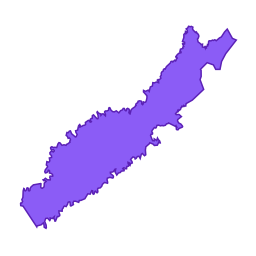 the district of Santiago Yaveo, Oaxaca, Mexico, rotated 184°
{"feature_id": "50627088B23912384176542", "entity_name": "Santiago Yaveo", "entity_type": "district", "adm_level": 2, "iso_a3": "MEX", "parent_name": "Mexico", "parent_adm1": "Oaxaca", "projection": "equal_earth", "projection_center": [-95.477, 17.488], "detail": "fine", "context": "isolated", "style": "filled", "palette": "violet", "viewbox_px": 256, "rotation_deg": 184, "n_neighbors": 0, "source": "geoboundaries", "source_scale": "gbopen_adm2", "svg_char_len": 5830}
<svg xmlns="http://www.w3.org/2000/svg" viewBox="0 0 256 256"><g transform="rotate(184 128 128)"><path d="M35.9,233.6L38.4,230.5L41.2,225.4L43.1,224.2L46.1,221.2L47.5,222.1L48.9,221.3L49.7,221.6L51.4,220.7L53.1,220.7L53.6,220.0L53.7,216.8L54.5,216.8L54.3,215.3L55.6,214.9L55.4,213.3L56.3,213.4L56.4,213.0L56.8,214.0L56.5,215.2L57.6,213.8L59.4,214.0L59.5,216.8L60.8,216.2L61.2,216.9L64.1,218.8L64.9,221.6L64.2,222.5L63.7,224.5L64.0,225.6L65.1,227.1L65.8,227.3L66.2,228.3L66.7,228.7L67.2,228.0L67.7,228.3L70.1,230.6L70.5,231.4L70.3,233.1L71.9,233.8L72.8,233.4L74.7,233.7L75.5,231.9L76.9,230.9L75.7,229.7L75.4,227.6L76.4,226.5L76.3,227.8L77.4,228.4L77.5,226.7L78.8,225.3L78.6,222.1L79.7,218.2L77.5,217.5L77.4,215.8L78.1,215.4L79.1,216.2L79.5,215.8L78.0,213.1L79.0,212.5L78.8,211.2L81.2,210.3L81.6,207.6L81.2,207.3L80.7,207.9L80.3,207.4L80.4,206.8L82.8,205.9L84.5,203.9L84.7,202.9L85.3,202.7L85.0,201.7L84.1,201.7L83.7,201.2L84.7,199.8L84.9,198.5L85.2,198.2L86.2,198.9L87.9,197.0L88.7,197.7L89.8,197.3L90.4,195.7L93.9,192.0L95.0,189.4L95.9,189.6L96.7,188.9L96.9,187.3L98.1,186.4L98.7,185.1L98.5,183.0L99.4,181.6L98.7,179.9L100.3,178.2L101.3,178.5L102.1,177.8L100.7,176.3L100.6,175.3L102.9,175.9L104.7,174.9L106.4,175.0L106.6,171.6L108.6,170.5L109.4,166.0L110.5,167.2L113.1,165.8L115.1,166.6L115.1,165.1L111.4,161.5L111.2,159.4L111.7,156.3L112.2,155.1L113.2,154.7L114.4,155.1L114.6,152.9L115.0,152.3L116.0,153.0L116.1,155.1L116.8,155.8L118.7,155.9L119.9,155.3L120.0,154.1L121.6,152.8L122.1,150.8L121.8,150.8L122.4,149.8L125.1,147.6L126.2,146.2L126.9,142.2L127.5,142.4L128.2,143.5L127.8,145.3L128.2,146.8L129.7,147.6L130.6,147.0L131.0,145.1L131.4,145.0L132.2,145.5L133.0,147.2L134.1,147.2L135.0,145.6L136.6,144.8L138.2,142.5L140.9,144.3L142.9,143.1L144.5,143.3L146.2,144.6L147.5,146.9L148.1,146.9L147.8,147.3L148.3,147.0L148.7,144.4L150.0,143.6L151.8,143.4L152.4,142.7L152.5,142.3L151.4,139.9L151.4,138.6L153.7,140.4L155.0,140.2L155.9,138.7L156.4,140.2L158.4,140.8L159.7,142.2L160.1,141.6L158.8,138.6L158.4,135.9L158.8,135.1L159.7,135.2L163.3,138.7L164.4,137.9L164.4,135.1L165.4,134.9L166.2,134.1L166.0,132.5L165.0,132.0L165.4,131.3L166.1,131.2L167.5,132.9L168.2,132.8L170.9,130.6L170.6,128.5L171.4,127.8L173.0,127.4L174.3,126.3L175.5,126.6L176.4,128.1L177.3,127.1L175.7,125.8L175.9,125.5L177.7,125.6L178.1,122.4L180.1,121.6L179.6,119.9L178.3,118.0L179.1,115.7L179.9,115.4L183.9,118.4L185.2,121.1L186.3,120.8L187.2,119.2L188.6,119.3L189.2,116.3L187.9,115.4L187.0,113.5L185.8,114.0L184.7,112.8L184.6,112.0L185.2,110.8L184.8,109.9L187.1,107.9L188.2,107.4L188.6,106.4L190.7,106.8L192.6,106.1L194.9,108.5L195.9,108.6L196.7,107.4L197.8,103.5L199.6,103.7L200.9,103.3L202.7,104.0L203.8,103.2L203.7,101.9L202.8,100.8L200.9,101.2L200.0,100.4L200.0,99.8L200.8,98.9L202.9,99.6L204.2,97.9L204.0,96.5L202.4,95.1L202.2,93.3L204.4,92.6L203.7,89.8L204.2,88.8L204.9,88.4L206.6,88.8L206.9,85.4L205.9,84.7L205.5,83.6L207.6,80.5L208.0,78.5L207.3,77.4L205.8,77.9L204.9,78.9L204.6,80.3L204.1,80.4L203.2,79.6L203.2,77.6L201.0,77.2L199.8,75.8L199.8,74.7L202.4,74.5L202.6,73.1L201.9,71.8L202.0,70.8L204.7,70.7L206.9,72.1L208.2,70.7L209.1,70.4L208.5,69.6L206.6,69.7L205.9,69.0L207.7,67.2L207.6,63.5L209.2,61.9L210.3,62.1L210.9,62.9L210.9,66.3L211.2,66.5L218.4,64.7L220.6,62.5L221.3,61.1L221.5,58.8L222.3,58.3L223.0,58.8L223.1,60.7L223.8,61.3L224.6,61.1L225.2,58.9L226.0,58.1L226.8,58.4L227.3,60.2L227.7,60.4L228.2,57.9L228.0,51.4L228.9,49.1L228.0,47.4L228.8,45.8L229.6,45.8L229.9,45.3L229.6,43.1L227.2,42.7L212.1,23.0L211.9,24.0L207.8,25.4L205.9,27.4L205.1,25.8L204.7,23.2L202.8,22.2L202.5,22.9L202.9,25.5L204.6,29.0L203.8,32.0L201.9,32.4L199.6,30.2L199.1,31.1L199.3,32.8L197.2,32.4L195.5,34.2L195.8,32.5L195.0,31.7L194.4,30.0L193.8,30.1L192.3,34.8L191.3,34.7L190.0,35.8L190.1,37.2L190.8,38.2L191.1,40.5L187.9,40.4L187.9,42.5L187.1,43.6L186.5,45.3L185.9,45.7L184.2,45.3L182.9,47.9L182.6,49.7L181.3,50.3L180.7,50.0L180.1,46.6L179.5,46.2L177.1,47.8L177.7,49.6L177.0,51.1L175.3,51.3L172.0,50.4L171.5,52.3L169.9,52.5L166.1,54.4L163.5,59.5L161.1,59.4L159.8,63.0L158.9,62.9L158.7,60.4L158.0,59.5L157.2,59.9L156.9,61.8L156.3,62.7L155.8,62.7L155.0,61.4L154.1,61.3L153.6,62.2L154.1,64.9L153.7,65.8L151.4,66.4L150.1,68.1L149.6,70.0L147.7,72.0L144.6,71.5L144.5,72.5L145.3,74.9L145.1,76.5L142.6,77.5L139.9,77.0L139.3,77.3L139.1,78.4L139.5,79.4L142.3,81.4L142.5,82.6L140.1,83.1L139.3,83.8L138.1,86.0L137.4,86.2L137.8,83.2L135.9,80.3L134.5,82.4L132.5,83.1L131.7,84.5L129.0,85.0L128.8,86.1L130.4,87.0L129.8,87.9L128.4,87.9L127.5,87.2L126.6,87.2L126.4,89.6L124.8,90.0L124.4,90.7L125.5,92.8L125.6,93.8L124.2,93.3L124.0,92.1L123.3,91.1L122.8,92.8L121.3,93.4L121.6,94.7L123.2,96.9L121.0,99.5L119.3,99.1L118.7,97.6L117.7,98.3L116.7,100.2L115.1,100.6L113.7,98.4L112.9,102.7L112.0,103.6L109.6,101.5L108.4,102.5L109.1,107.2L108.9,110.5L105.7,113.7L105.2,114.8L101.9,113.7L100.5,112.4L97.5,112.9L96.2,116.4L94.5,114.8L95.6,117.4L96.8,118.4L97.9,120.1L98.5,117.5L101.1,119.0L101.0,117.1L102.6,117.1L105.0,122.1L104.6,123.3L103.7,123.3L103.1,123.9L103.5,124.9L103.3,125.0L104.0,126.0L103.8,127.2L101.7,130.3L100.4,129.9L99.9,130.3L99.3,132.6L97.6,133.0L95.9,132.4L94.0,132.9L93.1,132.6L90.9,133.3L89.8,134.9L88.5,135.1L88.0,135.9L80.7,132.9L80.4,133.4L80.2,132.7L79.9,133.0L79.2,132.1L79.8,130.9L79.6,130.0L78.9,129.6L77.8,129.8L77.2,131.0L74.1,132.5L73.6,133.1L73.9,133.9L75.5,135.6L77.8,136.6L79.1,138.5L79.0,139.9L75.5,143.1L78.1,145.1L80.8,144.7L81.6,145.5L80.5,147.1L79.4,147.6L79.8,148.3L79.5,149.2L78.7,148.7L78.4,149.7L77.8,149.4L77.2,149.9L76.7,150.8L76.6,152.1L75.9,152.4L75.9,153.4L74.9,153.3L74.1,154.3L73.6,153.4L72.7,154.1L72.0,153.9L71.7,156.4L65.8,160.3L55.2,171.8L59.5,181.3L58.6,184.5L59.1,190.6L59.8,191.6L53.6,198.7L47.2,196.9L44.6,192.6L40.3,192.9L39.3,200.9L35.7,209.0L26.1,223.3L30.1,224.7L35.9,233.6Z" fill="#8b5cf6" stroke="#5b21b6" stroke-width="1.5"/></g></svg>